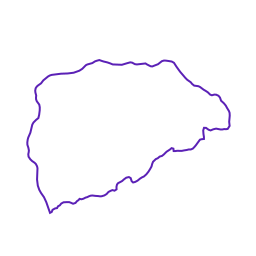 Colômbia, São Paulo, Brazil, rotated 351°
{"feature_id": "56859067B65485481893344", "entity_name": "Colômbia", "entity_type": "district", "adm_level": 2, "iso_a3": "BRA", "parent_name": "Brazil", "parent_adm1": "São Paulo", "projection": "orthographic", "projection_center": [-48.706, -20.274], "detail": "fine", "context": "isolated", "style": "outline", "palette": "violet", "viewbox_px": 256, "rotation_deg": 351, "n_neighbors": 0, "source": "geoboundaries", "source_scale": "gbopen_adm2", "svg_char_len": 2570}
<svg xmlns="http://www.w3.org/2000/svg" viewBox="0 0 256 256"><g transform="rotate(351 128 128)"><path d="M37.7,199.6L39.5,199.0L40.7,197.0L43.5,196.0L45.4,196.0L46.6,194.4L48.6,193.7L50.2,192.2L52.7,191.3L55.6,191.6L58.3,192.0L59.9,192.9L61.9,194.2L64.4,193.8L66.1,192.3L67.8,191.5L69.1,190.4L70.8,191.1L72.8,190.9L75.2,190.1L77.0,189.9L78.5,189.4L80.4,189.0L82.3,189.1L85.0,189.9L88.0,190.6L89.6,191.1L91.2,191.3L94.1,190.9L96.5,189.9L98.7,188.1L101.1,187.3L102.9,186.9L104.9,187.8L107.1,186.8L107.4,184.3L108.3,182.1L109.6,180.9L112.1,180.1L114.0,179.4L115.8,178.2L118.5,176.8L121.2,176.6L122.8,177.9L123.3,181.1L124.5,182.6L126.6,182.4L129.2,181.5L131.9,179.9L134.2,178.9L136.1,178.4L138.9,176.6L141.4,174.3L143.4,172.0L145.2,169.7L146.3,167.2L147.5,165.2L149.0,164.2L150.5,163.1L152.7,162.5L154.8,161.2L157.2,160.9L159.3,159.7L161.2,158.3L162.5,157.4L164.1,156.7L166.1,155.8L167.9,154.7L169.6,155.5L169.5,157.9L171.2,158.2L173.1,158.2L175.1,158.6L177.5,159.0L179.8,158.9L182.6,158.9L184.7,158.7L186.7,159.0L188.8,158.5L190.8,157.0L192.4,155.6L193.7,154.3L197.2,150.8L198.8,150.6L201.3,150.7L201.6,148.6L201.6,145.8L201.9,142.2L203.1,139.7L205.1,140.1L207.3,142.3L209.2,143.3L212.1,142.6L214.9,142.4L219.1,143.9L220.9,144.2L222.8,144.1L224.6,144.5L226.3,144.5L228.7,141.8L228.9,137.7L230.4,131.8L230.7,129.0L230.4,127.2L228.9,123.5L228.1,121.2L226.6,118.6L224.2,115.6L223.6,112.3L222.4,110.3L220.3,108.9L218.5,108.5L216.0,108.8L214.4,107.9L212.4,105.2L210.3,103.3L208.7,102.0L205.6,98.8L204.2,97.8L202.7,97.3L200.0,96.5L198.2,94.5L197.1,92.6L194.0,89.6L192.3,87.2L191.1,85.2L188.5,81.0L187.5,79.1L185.4,74.9L183.6,70.8L181.6,69.2L178.3,68.1L176.0,67.4L174.1,67.0L171.9,67.3L167.6,69.7L163.8,70.5L161.7,71.0L160.1,70.6L158.5,69.5L156.6,68.1L155.4,67.0L153.4,66.9L146.7,66.6L144.8,66.0L142.3,64.1L140.5,63.5L137.0,63.9L131.8,64.6L124.8,63.2L122.8,62.8L120.7,61.5L118.1,60.1L116.5,59.4L114.3,58.5L112.7,57.7L110.3,56.4L107.6,56.7L105.9,57.0L102.9,58.3L97.7,58.9L96.2,59.4L92.1,62.4L88.9,63.8L83.0,64.9L77.0,64.7L70.3,63.9L60.9,63.6L59.0,63.9L57.1,64.6L55.4,65.6L51.8,67.7L49.1,70.3L45.8,71.9L44.4,72.8L43.0,74.3L42.2,76.6L42.1,78.5L42.4,81.6L41.9,83.5L41.7,85.3L42.1,87.3L44.0,91.0L44.1,93.7L43.6,96.6L42.3,101.1L41.0,104.2L38.5,105.6L35.5,107.8L34.0,109.7L30.8,117.4L28.0,121.8L27.1,123.8L26.3,126.5L26.0,128.8L26.5,131.9L26.6,134.6L26.2,136.2L25.4,138.3L25.3,140.8L26.6,143.6L28.1,145.6L30.3,147.7L31.4,149.2L32.2,151.7L32.3,153.6L30.1,164.7L29.9,170.8L30.7,175.2L31.9,178.5L34.2,183.2L35.7,188.5L37.7,199.6Z" fill="none" stroke="#5b21b6" stroke-width="2"/></g></svg>